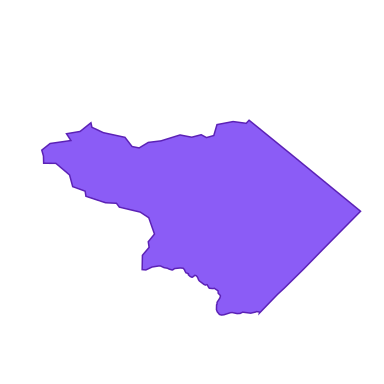 Cherokee, North Carolina, United States of America (Equal Earth projection), rotated 219°
{"feature_id": "52423323B12938899253379", "entity_name": "Cherokee", "entity_type": "district", "adm_level": 2, "iso_a3": "USA", "parent_name": "United States of America", "parent_adm1": "North Carolina", "projection": "equal_earth", "projection_center": [-84.069, 35.14], "detail": "fine", "context": "isolated", "style": "filled", "palette": "violet", "viewbox_px": 384, "rotation_deg": 219, "n_neighbors": 0, "source": "geoboundaries", "source_scale": "gbopen_adm2", "svg_char_len": 1504}
<svg xmlns="http://www.w3.org/2000/svg" viewBox="0 0 384 384"><g transform="rotate(219 192 192)"><path d="M136.4,283.6L181.6,283.7L185.5,283.7L192.8,283.7L193.1,279.5L204.4,272.6L215.0,260.1L210.6,249.6L215.0,243.4L220.9,242.3L226.7,234.4L237.2,228.8L248.3,212.2L257.2,203.0L260.8,193.0L267.2,189.6L278.5,192.3L298.3,182.3L310.5,179.3L314.1,182.2L317.1,168.6L326.2,158.3L318.5,155.8L332.8,140.4L335.1,130.0L330.1,126.5L325.4,121.0L315.8,128.6L297.9,128.2L288.1,121.1L275.6,125.4L271.7,121.9L252.5,129.2L243.6,135.7L238.9,134.5L219.6,143.8L209.4,144.8L194.7,135.7L194.7,125.8L190.5,122.0L190.7,111.6L181.9,100.3L178.8,102.4L175.8,108.6L171.3,113.6L169.9,114.7L166.2,115.6L163.1,117.3L161.2,117.7L158.3,118.9L157.6,120.3L157.5,121.4L153.3,125.6L150.9,127.2L148.7,126.8L148.3,126.4L145.9,125.4L143.7,126.2L143.2,126.2L142.9,125.8L142.8,125.4L140.2,125.2L138.4,125.7L138.1,126.0L137.6,127.7L137.4,129.0L136.6,129.4L135.9,129.6L134.6,129.4L133.2,128.8L131.7,127.9L130.2,127.5L124.6,127.7L123.0,128.1L122.3,129.3L121.9,129.5L118.6,128.2L117.8,128.2L114.8,130.2L114.1,131.2L109.6,131.6L107.9,129.8L104.8,129.4L104.3,128.8L103.6,127.0L103.1,122.1L102.0,120.6L101.9,119.8L99.0,116.0L97.0,114.8L93.6,114.1L91.7,114.9L89.9,116.7L86.1,122.5L84.8,123.7L80.4,125.9L78.2,127.9L77.0,130.5L70.1,134.8L66.9,138.9L66.6,139.7L64.4,141.0L63.7,140.9L63.4,140.3L62.4,151.7L61.1,166.3L59.8,175.3L56.7,202.8L55.1,220.0L54.3,228.6L48.9,283.1L136.3,283.6L136.4,283.6Z" fill="#8b5cf6" stroke="#5b21b6" stroke-width="1.5"/></g></svg>